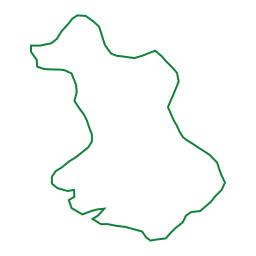 Koroveia, Cyprus
{"feature_id": "46923920B36797029965158", "entity_name": "Koroveia", "entity_type": "district", "adm_level": 2, "iso_a3": "CYP", "parent_name": "Cyprus", "parent_adm1": "", "projection": "natural_earth1", "projection_center": [34.274, 35.508], "detail": "fine", "context": "isolated", "style": "outline", "palette": "green", "viewbox_px": 256, "rotation_deg": 0, "n_neighbors": 0, "source": "geoboundaries", "source_scale": "gbopen_adm2", "svg_char_len": 1217}
<svg xmlns="http://www.w3.org/2000/svg" viewBox="0 0 256 256"><path d="M74.4,100.9L80.1,109.4L84.0,114.6L86.8,120.3L89.1,127.1L91.9,134.5L91.9,141.4L88.5,147.1L80.1,153.9L75.0,157.9L69.9,160.8L61.5,167.6L55.8,171.0L51.9,176.7L51.9,183.6L57.5,188.2L67.7,191.0L73.9,189.9L74.4,196.7L68.8,200.1L71.6,208.1L82.3,214.4L91.3,211.0L98.1,209.3L104.3,208.7L98.1,215.5L92.5,219.0L100.9,224.1L107.7,224.1L116.2,225.8L125.2,226.9L131.9,228.7L142.1,231.5L146.0,237.2L150.5,240.6L156.7,239.5L165.8,238.4L170.8,232.7L175.4,228.1L182.7,222.4L186.1,215.5L191.1,212.1L200.2,211.0L210.9,201.8L215.4,196.1L221.6,189.9L225.0,182.5L221.6,175.6L219.3,169.3L217.1,162.5L209.2,154.5L198.5,147.7L193.4,144.2L187.8,140.8L183.2,137.4L179.9,132.3L177.0,126.0L173.7,120.3L168.0,107.2L170.3,101.5L173.1,95.2L178.7,81.5L177.0,72.9L172.0,67.2L165.8,61.0L161.3,55.8L155.1,50.7L147.7,53.6L142.1,55.8L134.2,58.1L122.4,56.4L116.7,55.8L111.1,53.6L104.9,45.0L101.5,34.2L99.2,26.8L93.6,21.6L85.7,15.9L77.3,15.4L72.2,18.8L68.8,23.3L61.5,31.3L57.0,38.7L51.3,43.3L45.7,44.4L40.1,45.6L31.0,45.6L31.0,51.8L36.7,59.8L37.2,66.7L44.0,69.0L53.0,69.5L58.7,69.5L64.3,70.1L71.6,73.5L76.1,84.9L76.7,92.3L74.4,100.9Z" fill="none" stroke="#15803d" stroke-width="2"/></svg>